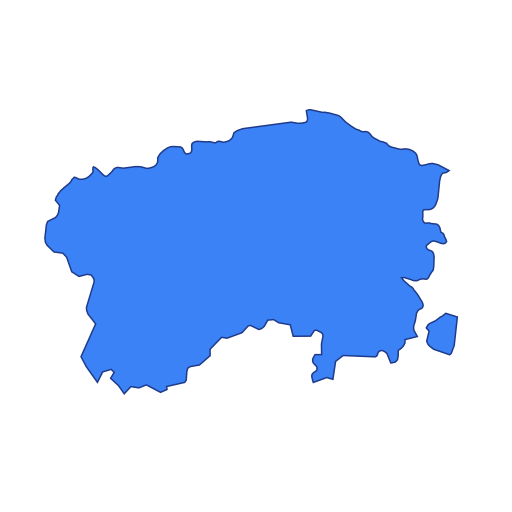 the Autonomous Community of Ciudad Real, rotated 170°
{"feature_id": "ESP-5816", "entity_name": "Ciudad Real", "entity_type": "Autonomous Community", "adm_level": 1, "iso_a3": "ESP", "parent_name": "Spain", "parent_adm1": "", "projection": "albers", "projection_center": [-4.048, 38.963], "detail": "fine", "context": "isolated", "style": "filled", "palette": "blue", "viewbox_px": 512, "rotation_deg": 170, "n_neighbors": 0, "source": "natural_earth", "source_scale": "10m", "svg_char_len": 4415}
<svg xmlns="http://www.w3.org/2000/svg" viewBox="0 0 512 512"><g transform="rotate(170 256 256)"><path d="M442.3,176.4L445.8,187.2L425.7,217.0L431.5,227.9L432.2,231.4L432.0,234.6L419.9,258.6L419.6,261.7L421.6,265.9L425.5,267.3L433.8,266.6L440.2,272.5L442.7,287.7L445.7,292.3L454.3,295.1L459.8,302.7L461.0,306.2L460.8,310.3L457.0,323.1L455.2,326.2L446.8,328.7L444.5,330.6L443.0,332.9L440.6,340.0L443.9,345.8L442.4,348.8L440.4,350.8L440.0,351.6L436.5,354.6L433.7,356.1L433.6,356.3L433.0,356.8L432.1,357.2L427.2,360.0L426.2,360.7L424.7,362.2L424.4,362.7L424.1,363.2L423.8,363.4L422.9,363.9L422.4,364.3L422.0,364.7L421.4,365.1L420.6,364.9L418.7,363.7L417.3,362.6L415.5,362.0L413.8,361.7L411.2,361.8L409.1,362.2L406.4,363.5L402.9,366.0L401.9,367.2L401.5,370.1L401.2,371.3L400.6,372.0L399.1,371.1L396.7,368.5L392.6,362.7L391.5,361.4L390.2,360.6L388.6,360.6L383.7,363.7L381.1,366.2L379.4,367.0L377.0,367.3L371.3,365.5L359.3,365.0L356.0,364.4L352.8,363.4L349.7,361.8L347.7,361.1L345.1,361.1L341.1,361.7L338.4,363.1L337.1,364.7L336.4,366.3L336.0,367.9L335.9,369.4L335.1,370.7L332.6,373.4L328.6,376.0L324.1,377.9L322.1,378.3L320.0,378.4L317.1,377.9L311.4,376.5L310.2,375.6L309.5,374.3L309.0,372.8L308.7,371.2L308.1,369.8L307.1,368.7L305.4,368.4L303.2,368.6L301.5,369.9L300.8,371.6L300.1,376.4L299.4,377.8L298.2,378.6L296.3,379.1L294.1,379.2L285.1,377.0L281.6,376.6L277.3,374.7L275.9,374.5L274.7,375.1L273.2,375.6L270.3,374.6L268.7,373.7L266.8,373.6L264.1,373.9L261.8,374.5L259.1,376.3L258.0,377.9L256.3,381.2L252.8,382.7L247.0,383.7L198.1,381.7L191.6,379.4L188.2,378.9L184.6,379.0L183.0,379.3L181.9,380.7L181.3,382.2L181.2,390.4L178.7,390.8L176.7,390.5L165.6,385.9L163.3,385.6L158.8,384.0L151.2,380.4L149.5,379.3L147.9,377.4L144.5,372.4L139.7,367.3L135.3,363.4L132.7,362.1L130.6,360.3L128.2,359.6L126.6,359.6L125.1,359.0L123.7,358.1L122.3,356.1L121.4,354.2L119.9,352.2L113.9,347.4L110.9,346.2L107.7,344.2L107.2,342.9L105.9,341.3L103.6,339.7L96.6,336.5L94.5,335.8L91.1,335.7L88.9,335.2L86.4,334.3L82.9,331.9L80.9,329.4L80.1,327.4L79.9,323.9L79.9,322.2L79.5,318.9L78.9,317.4L77.2,316.3L72.1,316.4L70.2,316.7L66.4,316.6L60.8,314.2L51.0,306.6L53.6,305.4L55.6,305.1L56.8,305.2L57.7,305.0L58.9,304.3L60.5,302.0L62.2,297.8L66.5,282.4L67.3,280.3L70.0,275.6L71.3,274.1L72.5,273.0L73.9,272.2L75.5,271.8L77.1,271.6L81.8,272.3L83.2,272.2L84.0,271.0L84.8,266.1L85.7,263.0L85.1,260.5L84.0,259.1L79.4,258.4L78.3,257.7L72.5,256.0L71.4,255.0L70.6,253.7L70.1,252.1L69.9,250.5L69.9,249.0L69.7,247.3L69.6,247.1L69.1,246.8L68.2,246.1L67.4,245.0L67.1,243.4L66.9,241.8L66.3,240.1L65.9,238.5L65.8,237.1L67.2,235.9L68.6,235.5L70.2,235.8L71.7,236.4L75.9,238.9L78.9,240.1L80.6,239.8L82.0,239.2L86.2,236.8L86.8,235.4L86.4,233.5L85.3,232.2L82.4,230.5L81.3,229.3L80.7,227.0L80.8,223.9L82.8,214.8L83.6,212.3L84.3,210.9L85.6,209.9L88.0,207.3L89.0,205.9L90.1,204.6L91.3,203.7L92.6,203.6L95.6,204.5L97.2,204.6L98.8,204.5L101.8,203.7L104.8,204.3L106.2,205.0L107.5,205.9L113.5,208.9L114.3,209.2L116.5,209.3L114.4,205.6L109.6,199.6L107.7,198.0L106.8,196.5L106.6,195.6L103.6,190.1L100.5,182.1L100.0,180.2L100.0,177.9L101.2,176.1L102.7,175.4L104.5,175.1L106.2,173.9L107.8,171.9L110.4,164.4L112.9,159.6L113.5,155.8L111.1,148.7L123.7,147.8L124.5,144.3L126.8,141.5L129.6,139.5L132.3,138.4L133.3,132.9L134.7,129.2L137.3,127.3L141.8,127.2L144.0,137.3L145.9,139.5L147.8,140.9L149.9,141.2L152.1,140.2L152.7,139.4L153.8,137.3L154.7,136.4L156.2,136.0L187.5,142.9L195.9,138.4L201.7,121.2L207.5,124.0L221.5,121.5L221.8,123.3L222.0,127.8L221.5,129.5L219.7,131.1L217.5,132.0L215.7,133.2L215.3,135.9L215.8,137.3L217.8,140.0L218.4,141.6L218.3,143.9L217.5,145.6L215.0,148.6L208.5,147.5L206.8,158.0L204.1,165.0L203.8,167.0L204.7,169.0L208.9,172.2L210.5,172.7L212.0,172.0L216.1,167.6L233.3,170.5L234.2,182.3L245.2,186.3L249.7,190.3L255.5,190.8L260.1,185.3L262.8,183.7L265.9,183.1L273.5,188.6L275.8,188.5L283.1,182.9L298.8,180.1L304.0,181.9L317.4,172.2L318.5,165.8L330.6,158.5L340.1,158.5L342.8,157.3L344.2,154.2L346.3,145.8L348.2,143.9L366.7,143.0L366.8,140.0L373.7,138.3L386.3,148.1L394.3,146.5L401.9,149.1L409.7,143.2L413.9,152.2L420.4,160.8L415.9,166.1L418.3,169.5L427.1,168.5L434.1,159.1L442.3,176.4ZM82.4,125.1L97.2,133.3L100.7,137.1L102.1,139.5L102.7,142.5L98.6,152.0L100.8,155.6L98.4,158.5L96.5,159.4L90.4,161.1L86.6,163.0L85.5,163.7L84.2,164.1L83.3,164.2L79.1,166.6L68.3,161.0L76.3,133.6L80.6,126.2L82.4,125.1Z" fill="#3b82f6" stroke="#1e3a8a" stroke-width="1.5"/></g></svg>